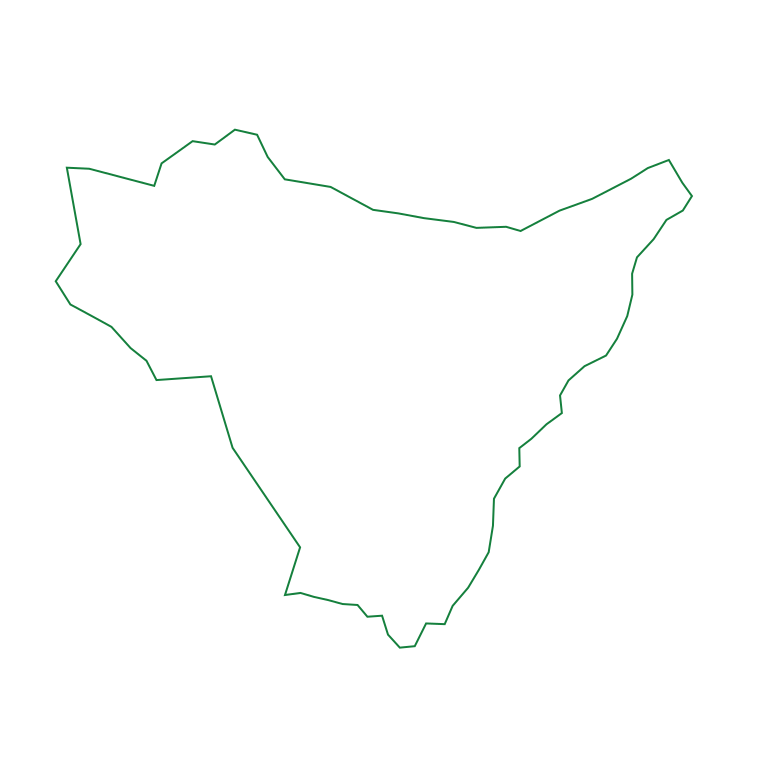 outline of Juripiranga, Paraíba, Brazil, rotated 176°
{"feature_id": "56859067B44866664543789", "entity_name": "Juripiranga", "entity_type": "district", "adm_level": 2, "iso_a3": "BRA", "parent_name": "Brazil", "parent_adm1": "Paraíba", "projection": "robinson", "projection_center": [-35.224, -7.348], "detail": "fine", "context": "isolated", "style": "outline", "palette": "green", "viewbox_px": 768, "rotation_deg": 176, "n_neighbors": 0, "source": "geoboundaries", "source_scale": "gbopen_adm2", "svg_char_len": 1048}
<svg xmlns="http://www.w3.org/2000/svg" viewBox="0 0 768 768"><g transform="rotate(176 384 384)"><path d="M84.2,587.6L105.8,581.0L123.3,571.5L163.4,554.2L196.8,544.7L237.1,527.1L251.2,532.3L280.9,533.3L303.1,540.8L332.7,546.7L357.8,553.2L382.8,558.5L423.5,584.3L468.7,595.1L484.2,618.6L493.2,641.5L515.0,648.1L536.1,634.7L558.0,639.6L590.5,619.6L599.4,597.7L663.1,619.3L685.3,621.9L676.9,544.7L704.3,509.4L691.3,485.2L669.1,471.1L651.9,460.0L634.3,437.5L619.3,423.7L610.7,403.8L556.0,403.8L539.5,330.9L479.1,226.9L497.5,180.4L481.9,181.4L468.7,176.5L454.6,172.3L440.7,167.4L425.8,165.4L416.8,153.0L402.1,153.0L397.5,133.7L386.6,119.9L371.6,120.3L358.7,142.2L340.2,140.2L331.0,157.9L314.3,174.9L302.2,192.2L291.3,208.9L285.2,235.0L282.3,261.9L269.7,281.2L254.4,292.3L253.5,310.6L240.8,319.1L224.7,332.5L208.6,342.6L209.2,360.3L199.7,374.7L182.7,387.8L160.5,396.9L148.4,412.9L136.6,434.8L130.0,455.8L128.8,476.7L122.8,492.7L104.9,509.7L90.8,528.0L73.8,536.2L63.7,550.0L72.4,564.0L84.2,587.6Z" fill="none" stroke="#15803d" stroke-width="2"/></g></svg>